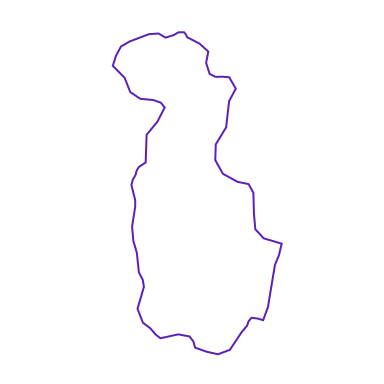 the border of Bolu, rotated 98°
{"feature_id": "TUR-2268", "entity_name": "Bolu", "entity_type": "Province", "adm_level": 1, "iso_a3": "TUR", "parent_name": "Turkey", "parent_adm1": "", "projection": "albers", "projection_center": [31.568, 40.592], "detail": "fine", "context": "isolated", "style": "outline", "palette": "violet", "viewbox_px": 384, "rotation_deg": 98, "n_neighbors": 0, "source": "natural_earth", "source_scale": "10m", "svg_char_len": 1088}
<svg xmlns="http://www.w3.org/2000/svg" viewBox="0 0 384 384"><g transform="rotate(98 192 192)"><path d="M345.7,167.3L340.0,169.7L335.4,174.3L334.9,185.8L341.2,202.9L338.4,207.9L332.7,214.4L328.3,222.4L315.2,229.7L292.6,226.4L285.7,228.6L279.0,233.4L259.8,238.2L248.5,243.3L234.7,246.5L214.3,246.2L208.0,247.1L193.4,253.0L188.1,252.3L183.0,250.3L178.2,249.7L174.5,248.0L169.2,242.0L141.6,244.9L127.3,236.1L112.1,230.8L107.9,235.3L106.3,243.3L106.9,256.2L101.7,267.0L88.3,274.6L78.1,288.0L67.5,286.2L57.7,282.5L51.6,274.7L41.8,256.8L39.7,247.3L42.8,239.6L39.1,231.9L35.8,227.7L34.9,222.1L36.8,220.0L39.4,218.4L44.0,205.2L50.7,195.4L62.1,196.0L72.6,191.0L74.7,184.7L73.6,177.9L73.2,171.1L83.6,163.0L96.9,167.9L123.2,167.2L141.5,175.1L157.2,173.4L169.7,163.9L175.6,148.3L176.3,137.1L184.2,131.1L205.1,127.6L220.1,124.1L227.9,114.6L230.7,96.0L242.5,97.1L252.6,99.7L287.3,100.6L295.2,100.7L309.0,103.7L308.2,109.6L308.2,115.5L312.2,118.0L316.6,118.8L324.2,123.5L343.0,132.5L349.1,143.7L348.6,149.4L348.4,152.0L348.1,155.5L345.7,167.3Z" fill="none" stroke="#5b21b6" stroke-width="2"/></g></svg>